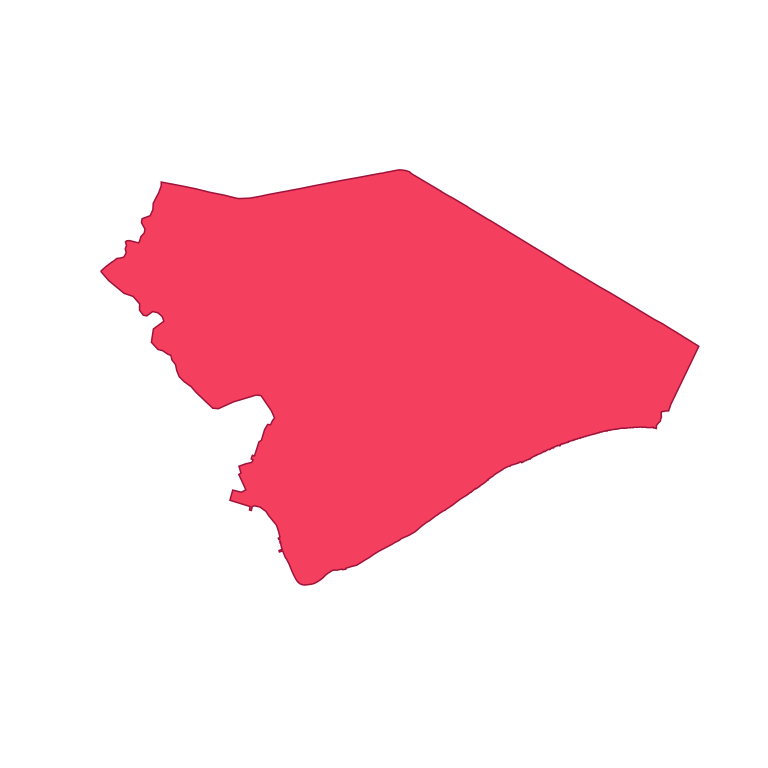 Mjini, Zanzibar West, United Republic of Tanzania, rotated 282°
{"feature_id": "72390352B88201413510937", "entity_name": "Mjini", "entity_type": "district", "adm_level": 2, "iso_a3": "TZA", "parent_name": "United Republic of Tanzania", "parent_adm1": "Zanzibar West", "projection": "albers", "projection_center": [39.207, -6.167], "detail": "fine", "context": "isolated", "style": "filled", "palette": "rose", "viewbox_px": 768, "rotation_deg": 282, "n_neighbors": 0, "source": "geoboundaries", "source_scale": "gbopen_adm2", "svg_char_len": 6090}
<svg xmlns="http://www.w3.org/2000/svg" viewBox="0 0 768 768"><g transform="rotate(282 384 384)"><path d="M436.0,83.9L435.0,83.9L427.9,93.2L418.7,110.8L417.5,120.4L411.6,128.3L405.4,129.5L401.3,134.2L401.3,137.8L406.7,142.6L406.7,148.1L403.8,153.1L399.6,155.6L389.9,147.0L376.4,147.8L370.8,155.7L370.6,160.5L368.1,166.6L367.7,169.5L363.2,171.8L359.6,176.1L354.2,178.4L348.5,182.2L344.7,188.1L341.3,195.9L336.7,202.0L324.7,221.5L325.4,227.1L335.3,240.6L346.6,261.2L347.1,266.1L334.5,279.3L328.0,284.0L325.1,282.6L320.6,281.5L320.2,278.6L314.6,276.7L303.6,275.8L301.2,273.7L287.0,272.3L286.6,272.1L286.9,270.1L284.2,269.7L283.0,269.7L282.6,271.7L281.0,271.4L279.8,270.8L277.1,265.2L273.4,259.2L267.2,262.6L265.3,260.8L251.8,270.9L248.5,267.0L248.8,258.1L238.2,257.5L236.3,278.5L232.8,278.6L232.7,280.6L236.7,280.6L238.1,282.8L237.9,284.3L237.9,288.3L236.3,291.7L234.9,294.9L230.9,299.0L223.5,308.3L219.6,310.5L217.6,311.7L212.7,314.0L212.2,314.0L211.2,312.7L210.1,313.4L210.4,313.9L210.0,314.4L208.4,315.3L208.1,314.9L206.7,315.6L206.9,316.1L204.7,316.8L204.0,317.3L203.0,317.6L201.1,318.7L199.2,315.9L198.0,316.7L199.7,319.6L193.6,323.7L192.4,325.1L190.9,326.4L189.5,327.5L188.0,328.7L183.8,331.5L181.3,333.2L177.0,336.5L174.3,338.8L172.2,341.2L171.0,343.7L170.7,346.0L170.9,348.4L172.9,354.2L174.2,356.9L176.4,359.7L179.3,362.6L182.3,365.0L184.6,366.3L187.4,368.6L188.0,369.4L190.0,371.3L191.1,372.6L191.7,374.3L192.2,376.9L194.2,381.3L193.7,382.0L195.0,385.2L195.9,385.0L196.3,385.8L198.7,390.1L201.1,395.0L208.0,402.2L211.2,405.7L214.6,408.8L219.0,413.3L228.9,425.2L230.7,427.0L231.9,428.5L234.4,431.6L236.3,433.0L241.3,440.0L245.9,445.1L252.7,450.2L257.5,454.4L259.9,457.1L265.3,461.6L267.8,464.2L269.6,465.7L270.9,467.2L271.6,467.6L273.1,469.8L273.7,470.4L274.3,470.7L278.3,474.8L278.9,475.0L279.3,475.8L284.1,479.8L287.3,482.6L293.8,489.4L294.4,489.6L295.9,491.2L296.3,491.8L296.7,491.9L297.3,492.5L299.3,493.9L300.1,494.8L300.7,494.9L300.6,495.7L301.0,495.9L301.6,496.8L303.3,498.2L303.6,498.9L304.4,499.0L306.7,501.4L307.6,502.1L308.1,502.7L311.1,505.0L311.5,505.4L312.0,505.3L312.0,506.0L312.9,506.1L314.1,507.4L315.0,507.9L315.8,509.1L316.8,509.9L318.1,510.7L325.0,517.8L326.4,519.0L329.0,522.4L329.7,523.6L329.8,524.4L330.6,524.7L331.4,525.9L332.1,527.4L333.6,530.0L334.2,531.2L334.5,531.3L334.8,532.3L335.6,532.4L336.2,533.2L336.2,534.1L336.3,534.4L335.8,534.5L335.7,535.2L336.0,535.5L336.4,535.6L336.7,536.0L336.9,536.8L337.3,536.8L338.3,537.9L338.7,539.1L339.3,539.3L339.5,539.5L339.9,540.6L340.9,541.7L340.8,542.1L340.9,542.6L341.4,542.6L341.9,542.9L342.2,543.5L342.4,543.5L342.5,543.9L343.1,544.0L343.4,544.4L343.7,544.9L344.1,545.3L344.4,545.9L344.8,546.3L345.2,546.3L345.3,547.0L345.6,547.5L345.8,547.4L346.0,548.0L346.7,548.3L346.9,548.5L346.8,548.9L347.1,549.2L347.2,549.5L347.7,550.1L348.6,551.6L350.5,553.7L350.9,554.4L351.2,554.3L351.2,554.9L351.6,555.2L351.6,555.6L351.9,555.6L352.1,555.7L352.6,556.9L352.9,557.1L353.4,557.3L353.6,557.5L354.0,558.2L354.2,558.8L354.1,559.2L354.3,559.6L354.8,560.0L354.9,560.4L355.4,560.6L355.6,560.8L355.7,561.2L356.3,561.8L356.7,561.7L356.9,562.3L356.6,562.8L356.7,563.2L356.9,563.3L357.6,563.3L357.9,563.6L358.4,564.8L359.8,566.0L359.5,566.5L359.8,566.8L360.3,567.5L360.0,568.7L360.3,569.2L360.7,569.4L361.5,569.0L362.1,569.9L362.2,570.5L362.6,570.6L362.6,571.0L362.5,571.3L362.7,571.5L362.8,571.4L363.0,572.0L363.3,572.0L363.4,572.4L363.4,572.9L364.1,573.6L364.3,574.3L364.6,574.6L364.6,575.0L365.1,575.4L365.0,575.9L365.2,576.3L365.6,576.7L366.2,576.7L366.4,577.1L366.6,577.5L366.8,577.8L367.2,578.6L367.7,579.3L367.7,579.8L368.0,580.0L368.2,580.9L368.7,580.9L368.9,581.5L369.1,581.9L369.3,581.9L369.5,582.1L369.2,582.3L369.5,582.6L369.5,582.8L369.8,583.2L370.1,583.5L370.3,584.5L371.0,585.0L371.3,585.9L371.5,586.2L371.5,586.5L371.8,586.7L371.9,587.3L372.3,587.3L372.3,587.8L372.5,588.2L372.9,588.5L373.3,589.9L373.9,590.4L374.5,591.7L374.5,592.2L374.9,592.3L375.8,593.7L375.8,594.4L377.3,596.9L378.0,598.4L378.6,599.8L378.9,599.9L379.3,601.1L379.6,601.9L380.1,602.3L380.2,602.6L380.7,603.0L380.7,604.0L380.9,604.5L381.7,605.0L382.0,606.1L382.3,606.4L382.3,606.9L382.5,607.3L382.8,607.8L383.3,608.4L383.8,609.6L383.8,610.0L384.0,610.1L384.0,610.5L384.3,611.2L384.8,611.6L384.8,611.9L384.5,612.1L385.0,612.4L385.6,613.6L385.5,614.4L385.6,614.6L385.8,614.6L386.2,615.1L386.4,616.0L386.9,617.1L387.3,617.9L387.7,619.7L388.2,620.1L388.2,621.2L388.5,621.4L388.6,621.6L388.8,622.5L389.8,624.6L390.2,625.5L390.2,626.4L390.4,627.0L390.6,627.1L390.6,628.2L391.5,631.1L391.9,631.7L392.3,633.3L392.4,634.3L392.8,634.8L393.1,635.9L393.0,636.8L393.2,637.1L393.3,637.2L393.8,638.0L394.0,638.8L394.1,640.3L394.4,641.1L394.6,641.9L395.1,643.1L395.4,644.9L395.2,645.4L395.3,645.5L395.4,645.8L395.5,646.3L395.8,646.6L395.8,647.6L396.0,648.1L396.1,650.6L397.0,654.9L397.7,655.7L397.7,656.4L397.1,656.5L397.0,657.1L397.3,658.4L397.1,658.8L397.1,659.7L400.1,659.1L403.3,660.7L405.2,662.1L407.6,661.9L409.0,662.3L413.1,661.2L414.4,661.1L416.1,664.9L416.9,668.0L423.7,668.8L486.3,684.1L490.0,674.0L490.6,672.2L491.1,670.9L492.6,666.5L493.4,664.7L495.1,659.8L499.5,647.4L500.6,644.7L501.6,641.3L503.2,635.5L519.6,588.0L524.0,574.1L530.5,555.0L533.5,546.4L534.9,541.6L535.8,539.2L541.7,523.1L550.2,498.5L552.2,493.0L554.6,486.1L566.0,453.9L567.4,449.1L567.5,449.1L568.7,445.6L571.3,438.1L574.1,430.1L575.1,428.1L575.6,426.3L579.8,413.8L582.2,405.8L584.1,400.1L584.3,400.1L595.2,367.8L595.7,366.8L596.9,364.7L597.3,360.8L597.1,357.4L596.5,353.9L594.5,349.0L593.3,346.4L591.2,341.2L590.1,339.2L589.5,337.1L580.8,316.2L574.7,301.2L563.6,274.9L557.9,261.8L548.3,238.7L545.1,231.0L542.0,224.2L538.0,214.4L535.1,203.1L535.1,199.4L535.5,188.6L535.3,173.7L535.8,158.9L535.7,144.7L535.2,124.1L531.5,124.9L523.9,123.8L517.3,121.9L512.7,120.7L506.5,121.7L500.0,120.3L495.4,113.0L491.4,113.2L485.8,118.0L481.9,118.1L477.7,115.6L473.8,115.3L471.0,114.7L471.4,105.4L470.5,102.4L469.1,101.6L466.0,103.3L462.3,102.8L458.8,104.6L454.1,103.2L452.3,99.7L451.3,96.6L448.3,94.2L446.6,92.4L441.3,87.8L436.0,83.9Z" fill="#f43f5e" stroke="#9f1239" stroke-width="1.5"/></g></svg>